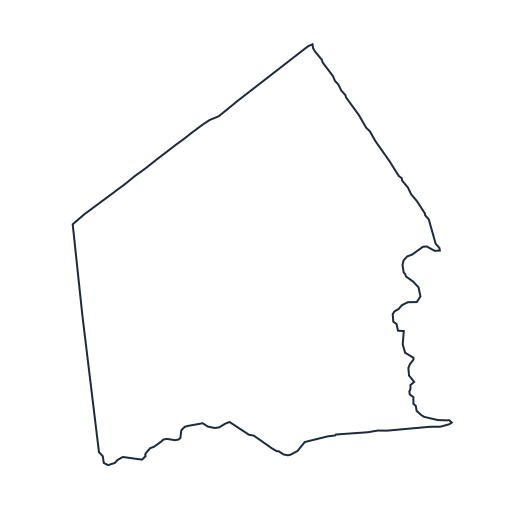 Lanquín, Alta Verapaz, Guatemala (orthographic projection), rotated 352°
{"feature_id": "79465075B47647601026557", "entity_name": "Lanquín", "entity_type": "district", "adm_level": 2, "iso_a3": "GTM", "parent_name": "Guatemala", "parent_adm1": "Alta Verapaz", "projection": "orthographic", "projection_center": [-89.968, 15.576], "detail": "fine", "context": "isolated", "style": "outline", "palette": "slate", "viewbox_px": 512, "rotation_deg": 352, "n_neighbors": 0, "source": "geoboundaries", "source_scale": "gbopen_adm2", "svg_char_len": 1873}
<svg xmlns="http://www.w3.org/2000/svg" viewBox="0 0 512 512"><g transform="rotate(352 256 256)"><path d="M341.4,54.2L336.6,55.6L259.4,99.8L238.6,112.4L229.0,114.9L221.4,118.5L209.0,125.3L200.8,130.1L192.5,134.5L184.9,138.8L170.4,147.0L158.5,154.0L146.9,160.1L138.6,165.2L131.7,169.1L127.8,171.1L123.7,173.5L120.1,175.4L92.1,190.6L78.9,199.1L75.8,290.6L73.2,428.4L76.4,432.9L76.5,439.8L80.4,442.5L87.4,441.3L90.5,438.7L96.1,436.5L114.8,441.8L118.7,438.9L118.7,437.1L119.6,435.8L124.4,431.6L128.4,430.7L136.1,426.7L138.7,424.9L142.3,424.7L150.1,427.1L153.8,427.0L155.8,425.6L157.8,418.2L161.7,415.2L164.7,414.8L179.9,414.2L184.6,418.2L191.2,420.6L195.6,420.6L202.1,417.8L206.7,416.7L224.1,432.0L227.3,433.1L229.0,433.7L245.3,449.0L249.6,452.3L251.1,452.4L255.8,456.4L259.9,457.8L262.4,457.6L269.9,454.9L278.4,447.0L301.9,444.6L309.4,444.7L310.3,443.9L317.8,444.4L342.4,446.1L352.3,445.8L361.5,447.2L404.3,449.3L414.8,450.7L424.0,449.5L426.7,448.2L424.6,445.6L421.6,445.2L413.3,443.8L400.1,438.7L397.5,436.5L393.5,431.7L393.4,426.7L391.3,424.3L392.2,417.6L389.0,414.6L389.0,411.5L390.5,409.1L390.9,405.4L395.1,402.7L390.9,395.6L391.3,388.1L393.4,384.5L397.4,380.6L397.8,378.8L391.8,373.8L390.2,372.6L389.0,364.0L391.9,350.9L386.2,349.7L385.7,342.9L382.8,340.1L383.3,332.6L385.3,330.2L389.9,328.3L393.6,325.0L400.0,322.9L408.8,324.0L413.2,318.9L412.6,309.7L408.0,303.2L401.7,297.2L401.3,294.9L400.0,292.9L399.8,285.4L401.5,280.9L405.6,277.5L410.9,276.3L422.6,270.1L426.3,270.3L433.8,275.8L438.8,276.2L438.7,273.5L435.6,268.8L432.2,243.8L429.2,239.3L429.2,237.4L423.0,224.1L418.2,216.4L416.0,209.4L411.2,201.7L411.1,199.2L408.5,196.6L401.5,180.9L390.3,159.0L386.1,148.3L383.0,144.4L377.5,130.8L367.3,111.6L366.9,109.1L363.5,104.1L361.4,97.6L358.5,93.5L357.3,88.7L348.9,73.6L348.6,71.1L342.7,61.3L341.4,58.0L341.4,54.2Z" fill="none" stroke="#1e293b" stroke-width="2"/></g></svg>